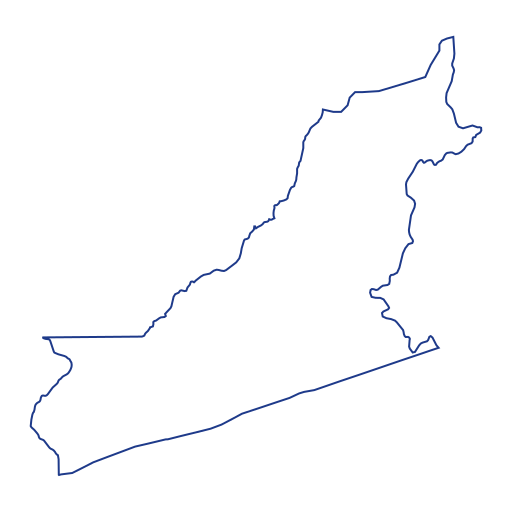 the Province of Eastern
{"feature_id": "ZMB-518", "entity_name": "Eastern", "entity_type": "Province", "adm_level": 1, "iso_a3": "ZMB", "parent_name": "Zambia", "parent_adm1": "", "projection": "orthographic", "projection_center": [31.874, -13.313], "detail": "fine", "context": "isolated", "style": "outline", "palette": "blue", "viewbox_px": 512, "rotation_deg": 0, "n_neighbors": 0, "source": "natural_earth", "source_scale": "10m", "svg_char_len": 5011}
<svg xmlns="http://www.w3.org/2000/svg" viewBox="0 0 512 512"><path d="M453.3,36.9L454.4,53.7L453.9,58.5L452.2,63.5L452.2,65.6L453.6,68.5L454.1,70.3L453.7,72.4L452.9,74.5L451.7,81.2L446.6,93.1L446.1,97.5L446.3,101.9L447.2,104.0L450.8,107.5L452.3,109.3L453.9,113.6L456.1,122.8L458.5,126.7L463.0,128.3L472.5,125.5L477.5,127.3L479.6,127.2L481.1,127.8L481.3,130.5L480.1,132.6L479.6,132.9L476.2,134.9L475.3,137.1L473.3,137.4L472.7,138.4L472.6,141.6L471.5,143.2L467.6,144.7L466.1,146.1L464.1,149.1L461.4,151.7L458.5,153.5L455.7,154.2L454.7,153.8L453.6,153.2L452.3,152.5L450.7,152.4L447.3,152.9L446.3,153.4L444.8,155.1L442.7,159.5L440.9,160.8L439.6,161.2L438.8,161.7L438.2,162.1L437.6,162.6L436.8,163.3L436.4,164.2L435.8,164.9L434.5,164.9L433.9,164.3L432.4,161.3L431.5,160.4L430.3,160.1L429.3,160.2L427.3,160.7L426.3,161.3L425.1,162.3L424.0,162.8L423.1,162.0L422.6,160.9L421.9,160.2L421.0,160.0L419.9,160.4L418.1,162.1L416.8,163.8L412.8,171.7L408.2,178.6L406.4,182.1L406.0,184.4L406.7,194.0L407.5,195.5L410.9,197.7L414.1,200.6L415.1,203.8L414.5,207.4L411.0,215.4L408.9,229.9L409.1,232.2L409.6,234.4L410.6,236.7L412.6,239.7L413.0,241.2L412.3,243.0L408.5,244.1L405.3,248.2L402.9,253.3L401.1,260.7L399.4,267.7L397.1,272.7L393.4,274.7L391.1,275.0L390.0,276.4L389.7,278.5L389.8,280.9L389.2,283.9L387.5,285.0L382.8,285.7L381.1,286.8L377.7,289.7L376.1,290.0L373.7,289.2L371.9,289.0L370.6,290.0L370.1,292.7L371.6,296.9L375.6,297.8L380.3,297.9L383.6,299.4L388.4,306.3L389.1,307.9L388.1,309.3L383.4,311.5L382.0,313.0L382.7,316.5L386.4,318.2L391.1,319.1L395.0,320.6L396.8,322.3L403.1,330.1L403.6,332.1L403.9,334.1L404.7,336.1L405.7,337.0L408.0,336.9L409.1,337.5L409.8,338.6L409.8,339.3L409.6,340.0L409.1,346.6L409.8,348.6L412.7,352.5L415.0,351.9L419.1,345.4L420.8,343.5L422.6,342.6L427.0,341.3L428.1,340.1L429.4,336.8L430.7,336.1L432.5,337.6L436.4,345.2L438.6,347.8L429.3,350.9L418.2,354.7L402.1,360.1L380.2,367.6L358.8,374.9L339.5,381.4L326.2,386.0L314.3,390.1L304.1,391.9L299.2,393.4L289.6,397.9L276.9,402.1L260.2,407.7L242.0,413.7L233.3,418.4L221.5,424.6L210.6,428.7L197.4,432.0L181.0,436.0L167.9,439.3L165.6,439.4L147.7,443.7L135.1,446.6L117.5,453.2L106.8,457.2L93.3,462.3L81.6,468.3L72.2,473.0L61.1,474.4L59.0,475.0L58.8,474.8L58.6,459.2L57.9,455.2L57.3,454.9L55.9,453.5L55.0,451.9L53.7,450.4L52.6,449.6L50.7,448.7L50.0,448.2L49.3,447.5L44.2,440.8L43.7,440.3L43.1,439.9L40.2,438.8L39.4,438.0L38.9,437.0L38.5,435.4L38.0,434.5L37.4,433.6L34.2,429.8L31.5,427.4L30.7,426.1L31.4,419.5L32.4,414.6L32.9,413.2L33.4,412.3L33.8,412.0L34.5,409.6L34.9,406.8L35.3,405.4L35.7,404.5L37.0,403.1L38.1,402.4L38.7,402.1L39.4,401.7L40.1,400.8L40.5,399.7L40.8,397.9L41.3,396.7L41.8,395.9L42.4,395.6L43.1,395.5L44.7,395.8L45.5,395.8L46.1,395.6L46.8,395.2L47.8,394.2L52.7,387.5L56.3,384.3L57.3,383.3L57.9,382.3L58.4,380.9L58.9,380.1L59.4,379.6L60.6,378.9L62.3,377.0L63.3,376.2L66.7,374.4L68.1,373.3L69.0,372.1L70.3,370.0L70.9,368.6L71.5,366.9L71.6,365.8L71.7,364.9L71.5,363.4L71.4,362.7L71.1,362.1L70.4,361.0L69.8,359.8L69.5,359.3L68.9,358.9L68.3,358.6L67.7,358.3L66.3,356.9L65.7,356.6L64.4,356.0L58.4,354.3L55.0,352.9L54.3,352.5L53.8,351.6L50.3,341.1L49.7,339.9L49.0,339.4L48.2,339.2L45.7,338.9L44.3,338.5L43.6,338.2L43.1,337.8L43.2,337.4L141.9,336.6L143.1,336.2L144.3,335.6L145.0,334.0L145.8,332.9L147.9,331.0L150.0,327.9L150.0,327.4L152.9,326.4L153.4,324.2L153.3,322.1L154.3,321.1L156.0,320.6L159.3,318.2L160.8,317.4L164.5,317.0L165.8,316.0L165.1,313.9L167.1,311.7L167.4,311.4L170.5,308.1L171.4,306.3L173.6,296.8L175.2,294.2L178.6,292.7L180.1,290.7L181.3,290.3L184.6,291.1L186.3,290.8L187.5,287.5L189.9,284.6L190.4,282.8L190.9,281.8L192.0,281.5L193.1,281.7L194.0,282.3L194.6,281.8L195.7,280.6L200.9,276.5L203.7,274.9L209.8,273.6L212.6,271.5L213.9,270.6L216.7,269.7L218.8,270.0L221.4,270.7L224.0,271.0L226.1,270.1L236.2,262.4L239.3,258.4L240.8,253.4L241.7,248.2L244.0,240.6L244.7,239.5L247.3,238.8L248.3,238.2L249.0,237.2L249.3,235.9L250.2,233.3L252.2,231.5L253.9,229.5L254.3,226.4L255.1,226.4L255.3,227.0L255.7,227.7L256.0,228.3L258.0,226.9L260.9,225.5L262.6,224.2L263.9,222.5L264.6,222.1L267.3,221.7L268.2,221.2L268.8,220.3L269.2,219.2L270.8,219.8L271.8,219.6L272.9,218.9L274.4,218.3L273.6,215.8L273.5,213.1L273.8,210.5L274.4,208.4L274.5,207.8L274.3,206.4L274.4,205.8L275.1,205.2L275.8,205.1L276.5,205.2L277.1,204.9L278.8,203.3L279.3,202.5L279.7,201.3L281.1,201.2L283.8,200.5L286.4,199.4L287.6,198.2L287.9,195.8L290.0,189.8L291.2,187.7L292.3,186.9L293.4,186.6L294.2,186.1L294.8,183.4L296.0,180.7L296.3,179.3L296.4,177.6L297.1,173.3L297.1,168.9L297.6,167.6L298.1,166.7L298.7,165.7L299.2,162.4L300.5,160.9L303.3,148.1L303.3,142.3L303.6,141.3L304.8,139.6L305.1,138.8L305.3,136.9L305.8,136.0L306.6,135.3L307.8,133.9L308.7,132.5L310.4,128.5L312.0,126.8L318.4,121.8L318.7,120.5L321.0,117.7L322.0,115.0L322.7,112.3L322.9,109.5L333.5,111.9L341.1,111.9L347.6,105.3L349.7,97.6L355.1,92.1L362.7,92.1L378.9,91.1L408.0,82.4L425.3,77.0L430.7,64.9L439.4,50.6L439.4,44.4L441.9,40.7L447.0,38.5L453.3,36.9Z" fill="none" stroke="#1e3a8a" stroke-width="2"/></svg>